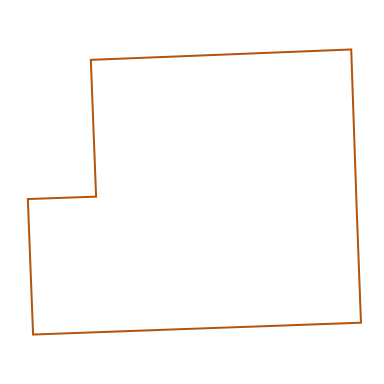 Turner, South Dakota, United States of America (Mercator projection), rotated 88°
{"feature_id": "52423323B55012152338707", "entity_name": "Turner", "entity_type": "district", "adm_level": 2, "iso_a3": "USA", "parent_name": "United States of America", "parent_adm1": "South Dakota", "projection": "mercator", "projection_center": [-97.158, 43.292], "detail": "fine", "context": "isolated", "style": "outline", "palette": "amber", "viewbox_px": 384, "rotation_deg": 88, "n_neighbors": 0, "source": "geoboundaries", "source_scale": "gbopen_adm2", "svg_char_len": 266}
<svg xmlns="http://www.w3.org/2000/svg" viewBox="0 0 384 384"><g transform="rotate(88 192 192)"><path d="M55.1,27.9L56.4,288.5L193.3,288.0L193.3,356.3L328.9,355.8L328.7,218.8L328.5,27.7L211.1,28.0L55.1,27.9Z" fill="none" stroke="#b45309" stroke-width="2"/></g></svg>